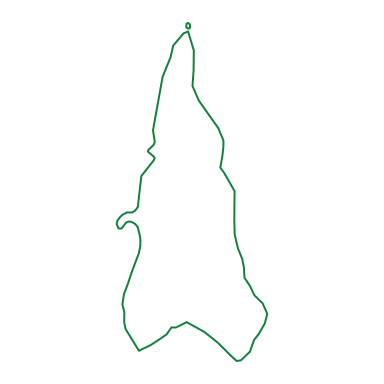 outline of Elobey Grande, Equatorial Guinea
{"feature_id": "11065452B23490115173263", "entity_name": "Elobey Grande", "entity_type": "district", "adm_level": 2, "iso_a3": "GNQ", "parent_name": "Equatorial Guinea", "parent_adm1": "", "projection": "equal_earth", "projection_center": [9.506, 0.981], "detail": "fine", "context": "isolated", "style": "outline", "palette": "green", "viewbox_px": 384, "rotation_deg": 0, "n_neighbors": 0, "source": "geoboundaries", "source_scale": "gbopen_adm2", "svg_char_len": 1261}
<svg xmlns="http://www.w3.org/2000/svg" viewBox="0 0 384 384"><path d="M234.4,208.1L234.6,191.2L229.8,182.7L224.1,172.8L220.3,167.6L222.3,156.6L223.4,146.9L223.4,140.4L218.2,128.0L198.7,100.4L192.5,86.0L193.6,70.4L193.7,58.8L193.8,50.4L188.1,31.5L183.6,33.3L173.2,45.6L170.6,57.1L162.6,76.9L153.0,130.2L154.7,141.5L154.3,143.6L153.5,145.0L148.3,150.0L148.0,151.7L153.9,156.7L154.7,158.3L154.3,159.0L153.9,160.1L141.3,176.1L137.8,207.0L135.1,210.7L132.1,212.5L127.1,212.4L122.1,215.0L119.3,218.0L117.5,220.5L116.7,224.0L117.5,226.0L118.4,228.3L120.5,228.6L121.9,228.1L125.9,222.8L128.2,221.6L130.6,221.7L132.9,222.6L135.1,223.9L137.8,227.2L139.9,236.0L140.4,239.9L140.3,246.3L138.8,253.4L132.4,270.2L127.9,283.7L124.0,294.0L122.4,304.3L124.3,312.1L124.2,322.5L125.6,329.0L138.9,350.7L150.6,345.1L157.4,340.7L166.6,334.4L171.5,327.4L175.8,327.5L186.7,322.2L204.3,331.9L217.7,342.6L231.7,356.5L236.7,361.0L241.1,360.2L250.0,351.6L254.0,340.1L258.9,333.7L264.8,323.4L267.3,313.8L262.6,303.3L254.4,295.3L250.1,286.2L244.4,277.6L244.0,267.9L242.2,258.8L237.9,248.3L234.7,234.6L234.3,220.4L234.4,208.1ZM189.5,28.4L190.2,27.1L189.8,24.3L188.1,23.0L186.7,23.5L186.3,25.5L186.3,27.0L187.0,27.9L187.7,28.4L189.5,28.4Z" fill="none" stroke="#15803d" stroke-width="2"/></svg>